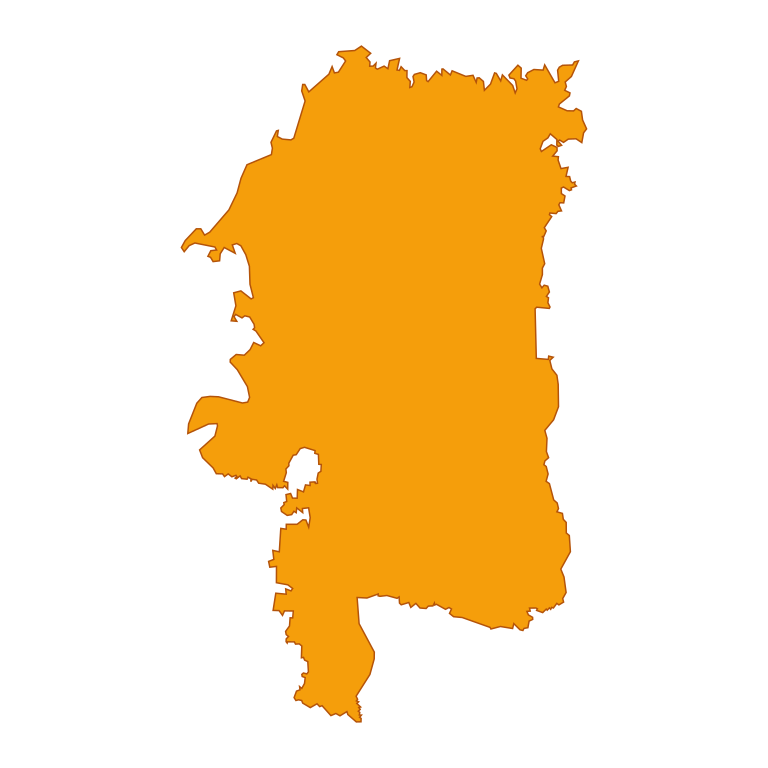 the district of Habiganj, Sylhet, Bangladesh
{"feature_id": "16705992B7772300815487", "entity_name": "Habiganj", "entity_type": "district", "adm_level": 2, "iso_a3": "BGD", "parent_name": "Bangladesh", "parent_adm1": "Sylhet", "projection": "natural_earth1", "projection_center": [91.398, 24.335], "detail": "fine", "context": "isolated", "style": "filled", "palette": "amber", "viewbox_px": 768, "rotation_deg": 0, "n_neighbors": 0, "source": "geoboundaries", "source_scale": "gbopen_adm2", "svg_char_len": 6041}
<svg xmlns="http://www.w3.org/2000/svg" viewBox="0 0 768 768"><path d="M298.5,699.8L301.7,700.5L302.7,703.1L310.3,707.6L317.0,703.8L319.7,706.6L322.1,705.7L330.9,715.6L335.9,713.5L340.0,715.8L346.9,711.6L347.8,714.5L356.3,721.9L361.0,721.8L361.1,718.4L359.6,717.3L361.4,715.1L359.3,715.0L359.8,712.4L358.3,711.2L360.2,709.4L358.8,707.5L360.6,707.0L356.8,703.4L358.6,701.8L356.4,700.9L357.6,699.3L356.1,696.2L369.9,674.5L374.2,658.9L374.3,652.1L359.1,623.7L357.1,597.5L367.0,598.0L378.2,594.0L378.1,595.8L380.0,596.3L386.9,595.5L397.1,598.3L399.1,596.9L399.5,603.1L401.2,604.8L408.8,602.5L410.8,607.4L415.9,603.4L420.0,608.0L426.1,608.5L428.3,606.1L432.9,605.9L434.4,603.1L434.7,605.0L436.5,604.3L445.5,609.3L449.0,607.5L451.5,609.0L449.5,613.4L453.6,616.7L462.2,617.5L490.1,627.4L490.9,629.0L500.4,626.5L512.6,628.5L513.8,623.6L520.0,629.8L522.9,630.5L524.0,628.4L527.9,627.7L529.1,621.1L532.7,619.4L532.6,617.3L528.4,614.9L526.9,611.4L530.2,611.1L529.5,608.1L535.9,608.0L537.4,608.8L536.6,610.4L542.7,612.6L546.2,609.1L547.2,610.2L549.4,607.9L550.7,609.3L551.6,607.4L553.4,608.0L556.8,603.4L558.9,604.9L563.6,602.1L562.7,598.6L566.1,592.5L564.0,577.0L560.8,569.1L570.4,551.7L569.3,535.5L566.3,533.0L566.2,522.4L563.3,519.3L562.4,513.4L556.9,511.8L558.5,508.6L557.2,503.0L553.7,499.9L549.4,483.6L546.1,481.3L548.1,474.0L546.2,466.5L543.9,464.7L544.9,460.9L548.6,457.7L546.4,451.6L547.0,438.3L544.8,430.4L553.6,419.8L558.5,406.7L558.2,384.4L556.9,375.3L551.9,368.9L549.8,360.4L553.2,357.2L548.7,356.1L548.3,359.4L536.3,358.4L535.1,308.8L536.7,307.2L549.3,308.4L550.0,307.0L547.9,302.7L548.5,297.8L546.4,296.4L549.4,292.0L547.8,286.2L544.2,285.2L541.9,287.8L539.6,284.1L542.4,274.6L542.4,268.1L544.7,263.7L541.3,248.3L543.5,239.1L543.4,236.9L541.7,236.7L543.9,236.2L546.2,230.9L544.3,227.7L551.7,216.6L549.4,214.7L549.9,213.0L556.1,213.6L558.0,211.3L561.5,210.9L558.8,204.8L560.0,202.7L563.7,202.9L565.0,196.0L561.4,193.6L561.3,188.1L563.5,187.0L569.4,190.6L571.5,189.8L571.1,187.9L576.4,186.0L574.6,184.2L575.0,182.0L572.3,182.8L570.7,181.1L569.6,176.6L566.0,176.4L568.1,167.3L561.0,168.6L558.1,160.1L558.4,156.7L552.7,156.1L557.1,150.8L557.0,147.4L551.3,144.8L541.4,151.5L540.2,148.8L543.0,141.3L547.9,137.9L550.3,133.8L556.9,139.5L556.8,145.1L558.4,146.4L561.6,145.3L558.1,141.2L559.6,140.0L563.5,142.4L568.3,139.1L576.1,138.8L581.8,142.6L583.6,132.8L586.6,128.9L582.6,120.0L581.4,111.3L576.2,108.5L573.6,110.9L567.2,110.8L558.4,106.9L559.4,104.0L569.4,95.9L570.0,92.9L564.7,90.3L566.4,86.5L565.2,82.0L571.4,76.5L578.4,60.9L574.4,61.9L572.6,65.0L562.6,65.3L559.3,67.2L557.6,70.2L558.7,81.3L555.0,82.8L544.7,64.9L543.1,70.1L533.9,69.5L527.7,72.7L525.7,75.8L527.7,78.9L526.6,80.3L521.0,78.2L521.2,68.1L517.9,65.2L508.9,75.1L510.0,78.0L513.9,78.7L515.6,81.1L517.0,88.8L515.2,93.0L512.7,85.5L502.4,74.9L500.7,80.9L496.3,73.4L494.6,72.9L490.5,84.1L484.4,90.3L483.4,81.4L479.2,77.8L477.1,78.0L476.2,82.4L473.0,75.3L465.8,76.4L452.1,70.8L450.4,75.0L443.0,68.9L441.9,69.1L441.8,75.4L436.6,71.2L428.1,81.6L426.6,80.6L426.2,74.9L420.3,72.7L414.4,74.4L413.0,76.5L414.1,82.0L412.0,86.7L409.8,87.5L410.3,81.4L406.9,77.6L407.0,70.6L404.8,70.6L401.1,66.7L399.4,70.4L397.0,70.0L399.6,58.4L389.6,60.7L387.9,68.7L384.1,66.1L377.3,69.2L375.4,67.9L376.0,63.2L373.1,66.1L369.7,66.2L370.0,62.0L366.2,57.5L370.7,53.3L361.4,46.1L354.8,50.5L338.7,51.7L336.9,54.7L343.3,57.9L345.6,61.0L338.4,72.2L334.4,72.9L332.1,66.6L328.9,74.2L308.8,91.9L304.8,84.5L302.7,84.5L301.7,90.9L305.1,101.0L293.8,138.2L290.9,139.9L282.3,139.1L277.3,136.5L278.3,130.4L276.5,130.9L271.0,142.3L272.4,148.2L271.4,154.6L247.0,164.7L241.0,178.3L237.1,192.9L228.9,209.9L209.7,232.2L204.6,235.1L200.8,228.8L196.3,228.8L185.2,240.6L181.4,247.5L184.2,251.7L189.2,245.6L194.9,243.0L214.9,247.0L216.6,250.0L210.8,250.7L207.9,256.3L210.5,257.3L213.1,261.6L219.6,260.8L220.2,253.8L224.2,247.5L235.2,253.3L232.3,244.9L236.8,243.5L240.9,245.8L245.8,254.7L249.4,266.3L250.0,284.3L253.4,297.7L251.1,298.9L240.9,290.9L233.7,292.8L235.9,305.8L231.2,320.8L236.8,321.3L234.0,316.6L235.7,314.4L242.0,317.9L244.8,315.8L249.7,317.0L254.1,324.3L254.6,327.8L253.1,329.3L255.9,331.0L264.0,342.7L260.7,345.8L253.7,342.5L250.1,349.6L244.3,355.2L236.2,354.5L230.3,359.4L230.2,362.1L237.3,369.7L247.4,386.6L249.6,397.4L247.7,402.1L242.5,403.0L218.6,396.8L210.1,396.4L201.9,397.5L196.8,403.2L188.6,423.9L187.8,433.5L208.6,424.0L217.1,423.6L217.5,425.9L214.9,436.1L199.6,449.9L202.6,457.7L213.1,467.9L216.3,473.7L222.6,473.9L224.5,476.6L228.2,473.9L231.9,476.8L236.0,475.3L236.8,476.5L235.1,478.1L236.3,478.8L240.1,475.9L241.6,478.6L247.1,479.2L248.0,477.2L251.0,478.8L250.8,481.6L252.2,479.3L256.6,480.0L258.7,483.2L265.4,484.2L272.8,489.2L273.0,485.4L275.3,488.5L276.8,484.8L277.6,487.6L283.0,487.7L284.5,485.8L287.7,489.1L287.8,482.4L283.6,481.3L286.3,472.7L285.9,469.0L288.9,465.8L288.8,463.2L293.2,455.2L296.2,454.7L300.2,448.6L304.5,447.3L315.1,450.6L314.8,453.3L318.4,454.4L318.8,464.3L321.3,464.5L320.9,471.3L318.2,473.1L317.0,479.1L317.5,483.3L315.7,483.5L315.0,481.5L314.9,483.2L314.3,481.9L310.0,482.2L310.1,485.5L305.5,484.9L303.5,491.9L297.5,489.5L297.2,498.2L292.5,498.1L290.6,493.5L286.0,494.6L286.7,501.5L283.8,502.6L284.2,504.6L280.8,508.0L281.5,511.5L287.2,515.4L291.7,514.6L293.9,511.3L296.2,512.7L296.7,507.9L302.7,512.6L302.4,508.5L308.6,507.8L310.2,517.7L308.7,527.2L305.9,520.0L302.8,519.8L297.1,524.3L286.3,524.3L286.2,529.2L280.8,528.4L279.3,551.8L272.8,550.4L273.8,559.4L268.6,561.4L269.8,567.2L276.5,566.4L276.4,582.7L287.8,584.8L292.7,588.5L291.0,590.9L285.7,588.9L286.2,594.2L275.8,593.2L273.1,610.4L279.1,610.6L282.5,615.4L284.5,610.9L293.3,611.0L292.7,617.9L290.1,617.8L289.5,626.0L285.6,631.4L286.2,634.6L288.5,636.5L286.2,638.9L286.1,641.7L287.2,643.1L287.6,641.8L294.4,641.9L295.5,644.1L299.3,643.9L301.8,646.0L301.4,657.8L303.5,657.4L304.6,660.1L307.8,661.6L308.4,671.9L306.8,673.9L303.4,673.0L301.8,674.4L302.2,676.5L305.2,677.6L304.5,683.5L301.8,688.4L299.6,686.6L300.0,689.8L296.5,691.1L294.1,697.6L295.9,700.5L298.5,699.8Z" fill="#f59e0b" stroke="#b45309" stroke-width="1.5"/></svg>